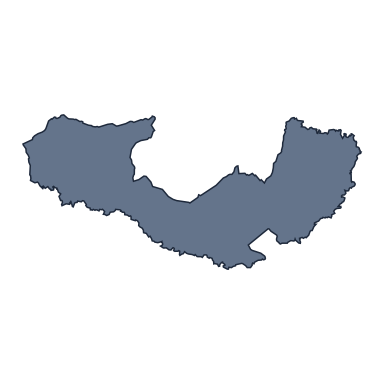 outline of Dourados, Mato Grosso do Sul, Brazil
{"feature_id": "56859067B88197620775850", "entity_name": "Dourados", "entity_type": "district", "adm_level": 2, "iso_a3": "BRA", "parent_name": "Brazil", "parent_adm1": "Mato Grosso do Sul", "projection": "albers", "projection_center": [-54.825, -22.161], "detail": "fine", "context": "isolated", "style": "filled", "palette": "slate", "viewbox_px": 384, "rotation_deg": 0, "n_neighbors": 0, "source": "geoboundaries", "source_scale": "gbopen_adm2", "svg_char_len": 6027}
<svg xmlns="http://www.w3.org/2000/svg" viewBox="0 0 384 384"><path d="M265.0,259.3L265.4,258.3L264.9,256.4L264.4,255.9L260.8,253.2L252.2,250.4L250.6,249.4L248.3,245.0L268.1,228.8L269.0,228.9L271.0,231.3L276.7,235.1L277.2,236.4L276.5,239.0L276.6,240.2L277.1,241.2L279.0,242.6L279.4,243.5L280.5,244.0L282.0,243.2L287.3,243.2L287.7,242.4L290.8,240.6L293.9,241.0L294.7,240.5L295.1,239.1L295.5,240.1L298.7,243.0L300.3,243.3L300.5,242.1L299.6,239.8L300.1,239.1L299.6,238.3L302.1,237.4L303.3,238.3L305.2,237.2L306.2,237.7L308.7,235.2L310.1,231.3L311.1,230.5L312.2,230.5L313.9,226.6L316.0,224.3L314.4,224.3L314.5,222.9L318.7,221.0L320.5,218.6L322.5,218.1L322.9,217.4L325.2,217.9L325.7,217.3L327.5,217.6L328.3,216.8L331.1,217.9L331.8,216.0L331.6,214.8L334.8,213.4L333.7,211.2L335.1,209.4L336.8,208.5L340.5,208.1L341.0,207.6L340.8,206.4L338.2,206.4L340.3,203.8L341.6,203.3L342.0,202.4L343.6,201.6L344.2,200.4L344.9,198.0L342.8,196.9L341.6,197.1L341.5,196.0L342.3,195.1L344.5,194.9L345.9,193.2L344.9,190.3L346.7,191.0L348.6,190.7L349.4,188.4L350.2,187.7L351.4,188.1L351.9,187.1L354.1,186.2L354.9,185.1L355.2,184.0L354.2,182.2L352.4,181.6L351.8,182.2L351.3,181.4L351.1,174.1L349.9,173.6L350.2,172.7L351.3,172.6L351.2,171.6L350.5,170.8L351.7,169.9L352.0,168.7L353.9,166.5L355.0,163.7L355.2,161.9L357.4,158.6L357.3,157.4L356.7,156.8L357.0,155.8L358.5,154.1L360.6,153.4L361.0,152.3L360.2,152.6L360.1,150.3L359.3,149.5L359.3,148.3L358.3,147.3L356.3,146.7L356.2,144.6L356.6,142.6L356.3,141.5L355.4,141.7L354.4,140.3L353.7,140.0L353.3,137.2L354.2,135.7L351.7,133.8L351.0,134.0L351.1,135.4L350.1,136.0L349.6,135.4L348.0,137.4L347.0,137.3L345.8,136.5L346.1,134.2L344.7,133.6L343.9,134.0L344.5,135.2L342.6,138.3L340.5,134.4L341.1,130.4L340.5,129.7L338.8,130.0L339.0,130.8L338.2,131.0L336.1,130.2L335.6,131.1L334.5,129.8L333.7,129.5L329.1,130.1L328.2,133.1L327.3,134.0L326.7,133.0L324.9,132.7L323.2,133.5L319.8,133.1L320.5,131.3L319.1,130.0L317.7,133.4L316.8,132.9L317.0,131.9L316.2,130.5L317.0,129.9L316.5,129.1L313.0,128.8L311.3,127.4L309.8,127.9L309.1,129.0L307.8,129.5L305.0,127.2L301.4,126.7L302.2,125.1L301.4,124.5L301.4,123.5L303.3,122.1L303.1,121.1L297.8,120.5L297.2,120.1L296.4,118.3L294.5,119.0L294.2,117.7L293.2,117.7L291.3,118.3L289.1,121.0L286.3,122.1L286.0,123.0L286.4,124.2L285.7,126.3L286.2,128.4L285.8,129.2L284.8,129.5L284.6,130.3L285.5,131.9L283.6,136.0L283.5,140.0L282.7,142.9L282.6,146.2L281.5,150.4L281.6,151.6L280.5,153.1L278.0,154.7L275.9,161.4L273.6,163.4L273.3,167.9L272.4,172.5L270.8,175.9L266.5,179.0L264.4,183.0L261.2,179.7L260.1,180.6L255.6,175.2L254.9,175.8L252.3,173.4L248.9,175.4L247.3,174.6L246.5,175.0L244.9,173.3L238.9,173.6L237.9,165.9L236.5,166.3L234.9,167.9L234.0,171.7L231.9,174.4L230.0,174.3L228.5,174.9L226.4,176.6L223.3,178.0L216.2,185.3L200.6,195.6L198.7,194.8L197.9,197.4L189.9,203.0L188.9,202.4L176.7,200.6L173.1,199.4L168.3,196.5L162.4,189.4L152.6,186.5L150.9,182.0L146.1,176.4L143.9,176.1L138.9,179.6L133.5,181.3L132.8,177.8L133.6,175.2L134.3,174.2L134.4,169.3L134.8,168.1L134.4,166.6L132.0,163.6L131.5,160.0L130.0,157.5L131.5,149.3L135.6,143.4L136.6,142.6L140.8,140.6L147.5,139.3L148.8,137.8L150.7,137.8L151.4,136.8L153.2,131.5L154.6,130.5L151.3,125.2L155.1,119.2L155.1,117.8L154.3,116.8L152.3,116.1L152.0,116.9L148.9,119.4L148.0,119.6L145.9,118.6L145.1,118.7L142.7,120.0L141.0,119.7L133.8,122.4L132.1,121.5L130.2,121.4L125.9,123.6L118.3,125.8L116.5,126.1L112.3,123.7L107.7,124.3L98.8,127.1L97.2,126.5L95.2,126.9L92.3,126.4L91.7,125.6L88.5,125.2L82.9,123.1L82.7,121.7L81.6,121.3L79.8,121.5L75.9,119.3L74.9,119.6L73.1,119.1L69.0,118.9L67.6,118.3L63.8,114.9L61.9,115.1L60.9,115.6L59.8,117.3L57.0,118.5L56.0,118.2L55.7,117.3L54.4,117.1L52.0,119.2L51.4,118.8L48.6,121.0L45.9,128.6L44.6,130.5L42.2,132.1L38.0,133.7L34.6,135.8L32.8,137.7L32.4,139.6L23.0,144.0L23.3,145.0L25.9,148.7L26.2,152.3L28.3,155.4L29.3,157.9L28.5,158.8L28.9,162.2L30.3,165.5L29.8,174.9L30.5,175.5L30.9,178.2L30.5,180.5L34.9,182.8L37.5,182.1L38.4,182.9L39.9,185.8L42.8,188.6L43.3,187.6L42.6,186.5L43.3,186.1L45.2,188.3L47.8,186.6L49.6,189.0L50.6,189.2L51.0,190.4L53.5,190.0L53.8,188.7L52.8,187.0L53.6,186.4L55.0,187.6L57.0,188.3L56.8,189.2L57.5,189.5L58.4,192.1L60.7,193.9L59.0,196.4L60.6,200.5L61.6,200.4L62.3,201.1L62.4,202.7L61.6,204.5L62.0,205.7L66.1,203.8L69.5,204.3L69.6,203.0L70.8,201.5L71.2,202.3L70.4,203.2L71.8,204.1L72.4,206.5L73.2,206.9L74.6,203.3L75.2,202.6L77.1,202.4L77.6,201.1L81.3,201.8L82.5,200.7L83.8,200.9L86.3,204.5L85.8,205.5L87.2,207.3L90.1,208.1L90.4,209.9L91.2,209.7L92.2,210.2L93.3,209.4L95.0,210.3L95.7,209.8L96.9,209.9L99.0,210.9L99.7,209.4L101.6,209.7L102.5,209.3L104.6,211.5L103.4,214.3L104.8,214.4L106.6,215.5L109.1,214.5L110.2,212.2L113.7,211.8L115.3,210.4L115.6,209.4L120.0,209.8L120.9,210.4L120.6,211.2L121.6,211.4L122.2,212.2L124.2,212.3L124.8,213.4L124.7,214.7L127.4,215.1L129.1,216.3L130.6,215.9L131.0,216.6L131.1,219.4L135.3,220.7L135.7,220.0L137.5,220.8L138.9,222.9L138.7,225.6L139.9,226.9L142.1,228.1L143.3,229.9L143.6,232.7L146.4,233.4L148.7,237.0L150.1,236.2L151.5,238.6L152.2,240.9L154.0,241.2L154.8,242.1L157.9,242.7L161.8,241.5L161.6,242.4L162.4,242.8L162.7,244.2L162.0,245.4L160.5,246.1L163.4,248.0L166.4,247.9L168.9,249.8L170.9,250.0L173.0,247.7L173.8,248.0L174.3,248.8L173.6,250.6L174.8,251.3L178.1,251.2L178.8,250.6L179.7,251.2L179.5,254.7L179.9,255.4L181.8,254.1L183.3,253.7L184.6,251.7L186.6,253.3L188.5,254.0L192.1,254.5L194.5,255.5L195.2,254.6L197.2,256.6L201.2,256.7L202.3,257.4L204.1,254.9L206.2,254.9L206.9,255.3L207.3,257.1L209.2,258.2L209.9,257.5L212.1,258.4L212.5,260.0L213.6,261.3L213.8,263.9L214.7,263.6L217.5,264.2L218.6,266.4L219.6,266.2L219.7,264.8L220.4,263.7L221.8,262.3L222.6,262.1L222.9,263.1L224.7,264.3L225.0,265.1L223.2,266.0L223.4,267.1L227.3,269.1L228.4,269.1L228.9,267.3L231.5,267.6L233.2,266.4L235.5,265.8L235.8,264.7L241.6,263.4L242.6,263.6L245.6,265.6L247.2,267.6L250.5,267.6L252.2,265.2L252.1,264.2L252.7,263.1L253.9,263.8L254.6,262.2L258.1,260.3L261.5,260.0L262.4,259.1L263.7,259.8L265.0,259.3Z" fill="#64748b" stroke="#1e293b" stroke-width="1.5"/></svg>